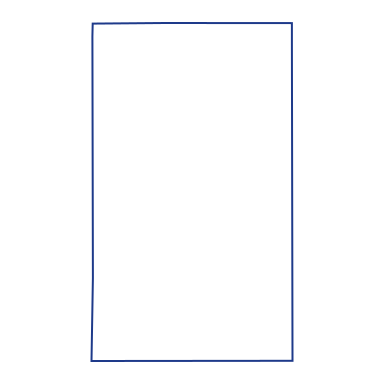 McMullen, Texas, United States of America (Equal Earth projection)
{"feature_id": "52423323B61214192740744", "entity_name": "McMullen", "entity_type": "district", "adm_level": 2, "iso_a3": "USA", "parent_name": "United States of America", "parent_adm1": "Texas", "projection": "equal_earth", "projection_center": [-98.627, 28.353], "detail": "fine", "context": "isolated", "style": "outline", "palette": "blue", "viewbox_px": 384, "rotation_deg": 0, "n_neighbors": 0, "source": "geoboundaries", "source_scale": "gbopen_adm2", "svg_char_len": 224}
<svg xmlns="http://www.w3.org/2000/svg" viewBox="0 0 384 384"><path d="M92.7,23.6L92.4,36.2L92.9,278.0L91.5,361.0L292.5,360.8L291.9,43.4L291.9,23.1L164.8,23.0L92.7,23.6Z" fill="none" stroke="#1e3a8a" stroke-width="2"/></svg>